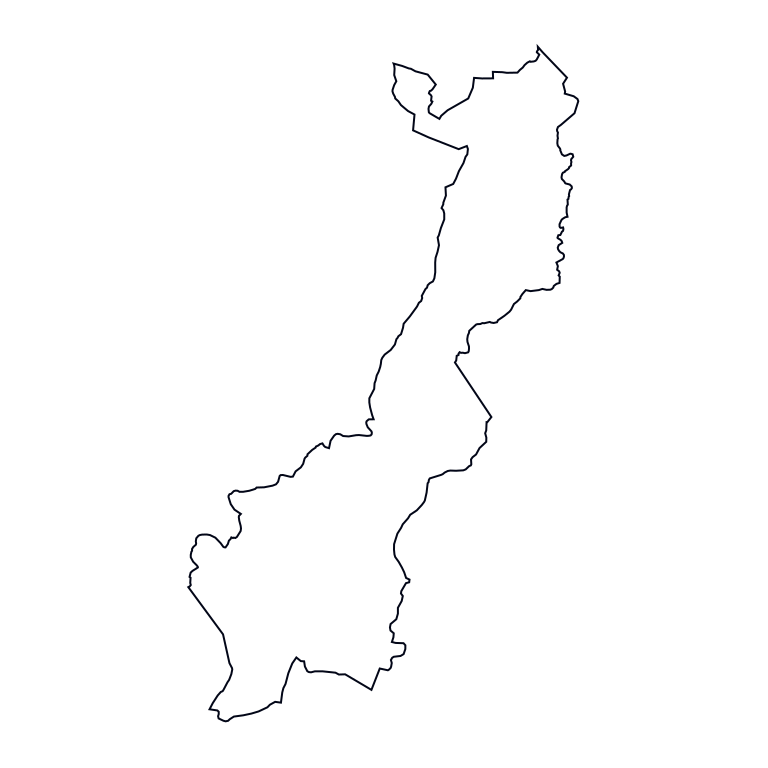 outline of Yaonáhuac, Puebla, Mexico, rotated 179°
{"feature_id": "50627088B21776838121102", "entity_name": "Yaonáhuac", "entity_type": "district", "adm_level": 2, "iso_a3": "MEX", "parent_name": "Mexico", "parent_adm1": "Puebla", "projection": "mercator", "projection_center": [-97.449, 19.915], "detail": "fine", "context": "isolated", "style": "outline", "palette": "ink", "viewbox_px": 768, "rotation_deg": 179, "n_neighbors": 0, "source": "geoboundaries", "source_scale": "gbopen_adm2", "svg_char_len": 6100}
<svg xmlns="http://www.w3.org/2000/svg" viewBox="0 0 768 768"><g transform="rotate(179 384 384)"><path d="M583.2,184.3L549.3,136.5L543.4,107.6L540.9,102.6L540.7,101.2L541.7,96.6L544.0,90.9L545.7,88.5L549.7,81.2L550.7,79.7L552.6,78.9L555.7,75.5L560.8,67.9L564.1,61.8L556.3,60.5L555.0,59.2L555.0,56.8L555.7,54.8L555.2,52.5L550.4,50.1L548.2,49.5L545.7,50.0L544.1,51.5L539.9,54.1L530.5,55.2L522.3,56.8L515.1,58.8L506.2,62.8L503.7,65.3L498.4,68.1L492.6,67.2L491.1,77.4L489.9,81.7L487.7,85.8L484.7,96.5L480.6,106.2L476.4,112.1L472.0,108.4L468.7,108.1L468.0,102.9L465.7,98.2L464.2,97.3L462.0,97.0L458.2,97.9L450.5,97.8L437.5,96.2L434.2,94.3L427.9,94.4L401.9,78.4L393.2,99.6L385.1,97.7L383.9,98.4L382.3,100.0L381.8,101.3L381.1,104.9L381.9,107.9L380.6,110.1L379.0,111.1L372.2,111.8L369.1,113.6L367.3,118.6L367.2,122.4L369.0,124.5L376.9,124.9L380.6,125.9L379.0,130.6L378.6,134.6L381.8,137.4L382.3,140.5L381.6,143.9L375.8,148.6L374.1,154.2L374.0,160.0L370.1,166.7L368.9,171.7L370.7,174.2L370.3,176.6L365.5,184.5L362.3,185.3L361.9,188.0L365.3,189.7L367.1,195.4L369.3,200.2L372.4,205.9L375.8,210.8L376.5,213.3L376.9,218.2L376.7,223.7L373.2,234.2L369.4,239.9L367.7,243.4L362.3,249.3L360.1,252.8L353.4,257.1L348.3,262.4L346.1,265.2L345.2,266.8L343.3,274.7L342.1,284.0L341.2,285.0L340.8,287.3L339.9,288.8L328.6,292.1L326.9,292.8L324.9,294.4L321.8,295.9L319.2,296.3L313.5,296.0L306.2,296.3L303.8,297.2L300.3,300.4L298.6,301.1L298.1,302.2L298.3,307.1L296.7,309.3L293.2,311.9L289.6,318.3L282.8,324.4L282.6,328.6L283.7,333.0L282.6,335.8L282.1,344.1L281.4,344.0L277.2,349.1L312.7,404.3L311.4,406.2L310.8,410.9L309.0,411.7L308.9,413.1L307.8,414.5L306.5,413.8L304.7,413.9L302.5,413.4L299.3,414.2L298.7,415.4L298.4,417.7L298.4,420.1L299.8,424.6L300.0,427.4L299.3,431.2L298.2,433.5L297.8,435.7L290.9,441.8L289.7,442.2L286.6,442.3L284.6,443.2L282.7,443.0L277.1,444.2L276.0,443.6L273.3,443.1L269.9,443.8L268.9,445.8L262.7,449.9L257.3,454.1L255.6,456.1L252.7,461.7L249.5,464.1L246.2,467.3L246.1,468.6L244.1,471.5L240.6,475.4L235.8,474.3L227.5,475.2L224.0,476.3L219.8,475.3L216.0,475.4L214.6,476.0L213.1,477.4L212.5,479.1L209.8,481.1L206.7,482.0L206.4,488.3L207.5,489.5L206.4,492.1L206.9,493.6L208.9,495.2L208.1,498.8L209.5,502.5L203.1,505.8L202.2,507.0L201.8,508.6L201.9,510.0L202.9,511.4L205.3,512.6L206.6,514.0L207.6,515.7L207.9,517.3L206.9,519.8L203.3,522.0L203.8,523.7L204.9,525.0L207.8,526.8L208.0,527.3L207.1,529.7L205.1,529.9L203.4,533.2L202.3,534.0L201.9,535.8L202.2,537.4L204.5,537.0L205.3,537.5L205.7,538.4L205.7,540.7L204.3,543.7L203.4,545.3L201.9,546.4L199.8,547.6L197.6,548.0L198.4,552.2L198.3,557.5L197.8,559.2L197.1,560.1L197.3,565.2L196.4,565.8L196.1,568.0L195.6,568.6L195.8,570.4L194.6,574.7L193.5,575.4L192.7,576.7L192.9,578.3L194.8,580.2L199.0,581.4L199.5,581.9L200.2,583.3L202.6,585.9L202.9,587.6L202.3,590.7L201.5,592.1L199.6,592.9L199.4,593.5L196.0,595.8L195.2,596.8L195.2,597.5L193.1,599.2L193.1,601.5L192.7,602.7L193.1,604.2L192.9,605.5L190.8,607.9L191.4,610.4L193.0,610.9L193.8,611.0L197.6,609.3L199.8,608.9L202.1,610.5L203.7,614.6L203.6,615.4L203.9,616.3L206.1,619.3L206.5,621.7L206.2,625.6L205.8,626.4L206.2,629.2L205.7,632.4L206.4,633.7L206.6,635.2L205.6,637.9L202.7,639.9L188.8,651.4L184.8,663.4L185.6,665.6L189.3,668.4L198.2,671.2L197.8,673.3L199.7,681.1L195.7,687.1L219.6,712.9L224.3,718.5L224.1,715.4L225.3,713.8L225.4,713.0L223.0,710.6L225.6,705.8L226.8,704.5L228.6,703.9L231.9,703.6L232.5,704.1L235.1,702.8L237.9,700.4L239.7,698.0L242.7,695.6L245.1,693.0L255.8,693.0L260.2,693.7L269.7,694.2L269.6,687.7L280.6,687.8L288.6,688.5L290.0,678.7L294.8,668.0L315.6,656.6L322.1,651.2L324.0,648.1L333.7,654.0L334.4,654.9L334.7,658.3L334.2,660.7L331.8,663.3L330.7,665.6L332.0,666.4L331.4,670.7L332.0,671.9L334.0,673.8L333.8,674.7L333.1,676.1L331.8,676.5L330.3,677.9L327.0,682.5L334.9,692.6L347.1,696.1L351.6,698.7L353.7,699.1L360.3,701.7L368.8,704.2L368.3,702.8L367.9,699.2L368.4,692.7L366.4,686.5L368.6,682.7L370.3,677.9L370.4,676.4L369.7,674.1L368.0,670.8L367.8,669.3L364.7,666.4L362.2,662.6L355.2,656.5L348.8,652.9L350.5,637.1L335.1,629.8L305.2,617.5L297.0,620.5L296.0,617.5L296.7,612.1L298.5,609.7L300.7,603.5L305.4,595.5L308.4,588.1L311.3,582.8L319.1,579.6L318.8,571.3L321.5,564.3L321.6,562.6L323.4,558.9L321.6,556.7L320.8,553.4L320.9,547.5L324.4,538.9L326.6,531.6L327.8,529.5L326.6,521.8L328.2,515.1L330.2,509.3L330.7,504.5L330.8,494.8L331.8,488.8L333.3,485.7L336.5,484.0L338.6,482.0L339.3,479.6L340.9,478.2L344.7,471.4L344.3,469.3L345.4,466.3L347.7,464.6L349.6,460.9L357.0,451.1L363.3,443.9L364.0,439.9L366.1,433.5L368.8,431.5L369.7,429.8L370.8,428.6L372.4,423.3L376.7,417.9L382.8,413.4L385.2,410.3L386.3,408.0L386.8,404.2L387.5,401.1L389.1,396.5L391.1,392.7L392.3,387.7L393.4,385.0L393.9,379.2L398.9,370.0L399.0,365.8L398.3,360.8L396.4,353.1L395.0,348.9L399.9,348.9L402.0,347.1L402.4,346.1L402.3,344.4L401.0,341.0L397.3,336.8L397.0,335.4L397.3,333.8L398.3,332.8L399.9,332.5L402.0,332.4L409.9,333.4L412.8,333.3L420.2,332.2L425.8,332.7L428.6,334.5L431.2,335.0L432.9,334.7L434.7,333.3L438.4,328.2L440.1,320.8L443.8,322.0L445.1,323.2L446.6,325.7L449.1,325.0L450.7,323.7L453.2,322.6L453.5,321.6L456.9,319.4L461.7,315.1L461.9,313.5L464.0,311.8L464.7,310.8L466.2,305.6L468.6,302.1L473.9,298.2L476.7,293.0L479.1,292.8L486.7,294.8L489.0,294.7L489.9,293.9L491.6,288.1L493.7,285.6L497.2,284.3L505.7,282.8L513.2,282.7L514.5,281.4L516.7,280.7L520.6,279.6L526.6,278.7L530.3,278.7L532.2,279.8L534.2,280.0L536.1,279.5L538.7,276.9L540.4,276.5L541.4,274.8L541.4,273.5L539.3,266.5L535.7,261.0L529.4,256.6L531.3,254.7L531.5,253.4L531.1,249.9L529.8,244.7L529.5,242.0L529.9,239.5L533.7,233.7L535.3,232.6L536.9,233.0L537.7,232.6L539.3,233.3L540.2,231.6L541.8,230.1L542.9,226.7L545.3,223.4L546.5,223.5L547.5,224.0L550.1,227.7L555.3,233.3L560.6,236.0L563.8,236.6L568.4,236.6L570.7,236.2L572.2,235.5L574.4,233.0L574.9,230.0L574.6,227.9L574.9,226.6L577.5,224.4L578.8,222.4L578.8,220.6L579.5,219.6L580.2,216.5L580.2,214.0L577.9,209.6L574.4,206.0L573.4,204.6L573.3,203.8L578.7,200.5L580.6,198.8L581.8,194.5L580.8,193.7L581.2,188.4L580.7,186.4L581.7,185.1L583.2,184.3Z" fill="none" stroke="#020617" stroke-width="2"/></g></svg>